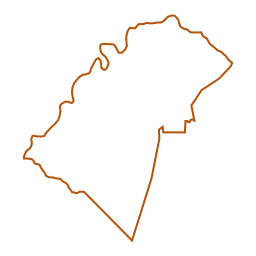 Porto Alegre do Piauí, Piauí, Brazil
{"feature_id": "56859067B75829579303444", "entity_name": "Porto Alegre do Piauí", "entity_type": "district", "adm_level": 2, "iso_a3": "BRA", "parent_name": "Brazil", "parent_adm1": "Piauí", "projection": "albers", "projection_center": [-44.088, -6.981], "detail": "fine", "context": "isolated", "style": "outline", "palette": "amber", "viewbox_px": 256, "rotation_deg": 0, "n_neighbors": 0, "source": "geoboundaries", "source_scale": "gbopen_adm2", "svg_char_len": 2010}
<svg xmlns="http://www.w3.org/2000/svg" viewBox="0 0 256 256"><path d="M24.1,158.6L26.5,158.4L31.9,159.2L33.4,160.6L34.6,163.2L36.3,164.0L38.6,164.3L40.2,165.7L40.6,167.3L45.3,173.8L45.9,175.7L48.1,176.8L49.6,177.4L52.8,177.4L55.2,178.2L57.4,178.5L59.6,178.8L61.0,179.1L61.8,180.5L63.7,181.9L66.1,183.2L67.8,185.1L68.9,188.0L70.3,189.3L72.2,192.3L74.2,192.3L75.8,193.2L77.8,192.9L79.1,191.8L81.7,191.7L84.1,191.9L90.5,198.4L122.4,230.7L132.0,240.6L150.6,181.3L151.3,179.3L159.3,139.0L159.1,133.4L159.0,129.7L162.7,126.9L163.3,132.3L184.9,132.4L185.5,121.0L187.2,121.0L188.3,122.2L189.7,122.1L190.7,119.9L192.6,119.5L194.3,120.5L191.4,105.4L201.7,90.0L219.0,78.7L231.0,66.0L232.1,62.6L230.6,61.7L227.6,58.9L226.3,56.4L225.0,55.4L223.9,54.4L221.7,52.1L219.2,51.1L217.3,50.3L216.0,48.9L213.2,46.6L211.7,45.4L209.8,43.9L207.1,39.0L205.9,37.8L204.3,37.2L203.1,36.1L202.0,34.1L201.3,32.4L198.8,32.4L193.2,32.5L191.3,32.4L189.6,31.7L186.8,29.2L185.0,29.2L181.5,27.5L180.0,25.9L178.3,20.0L176.6,17.6L174.8,15.9L172.7,15.4L168.3,16.5L163.3,21.3L160.4,22.6L157.5,22.5L152.1,23.4L146.1,23.0L143.7,24.0L138.6,24.2L136.9,25.9L136.1,27.3L134.5,28.3L129.9,27.8L127.8,30.7L126.5,35.5L126.2,38.3L126.8,46.1L125.3,49.3L122.0,52.7L118.6,52.7L115.9,47.3L114.3,45.1L113.1,44.3L110.4,44.3L104.5,43.8L101.5,44.2L100.3,45.4L100.3,49.7L100.6,51.1L101.8,53.6L105.6,56.9L108.5,61.9L108.4,64.3L107.3,67.0L105.8,69.3L104.1,69.9L101.2,67.6L101.3,65.1L100.8,62.5L100.8,60.8L98.6,58.1L96.1,59.4L93.4,63.9L91.0,68.7L90.4,71.0L89.3,73.1L84.9,74.6L82.9,74.6L78.9,77.4L74.5,82.7L73.7,84.4L72.4,87.7L72.1,91.0L72.0,92.5L72.7,97.2L73.3,99.2L73.5,101.2L71.9,102.9L70.0,102.7L68.6,101.9L66.1,101.6L64.5,102.1L61.5,103.9L60.4,105.1L59.9,107.9L60.5,110.8L59.5,116.3L58.3,119.6L57.4,121.1L54.7,124.2L52.4,126.1L46.4,132.5L45.4,134.1L44.6,135.9L41.0,136.6L38.3,136.3L36.6,136.5L34.8,135.9L32.6,135.9L31.3,138.8L31.9,143.8L30.9,146.8L29.6,148.6L27.4,150.2L26.1,151.6L24.3,155.5L23.9,156.7L24.1,158.6Z" fill="none" stroke="#b45309" stroke-width="2"/></svg>